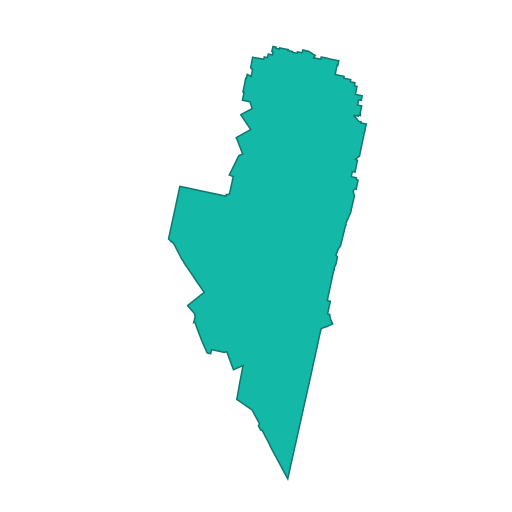 Lake Grace, Western Australia, Australia, rotated 102°
{"feature_id": "25037944B30102722037957", "entity_name": "Lake Grace", "entity_type": "district", "adm_level": 2, "iso_a3": "AUS", "parent_name": "Australia", "parent_adm1": "Western Australia", "projection": "albers", "projection_center": [119.193, -33.129], "detail": "fine", "context": "isolated", "style": "filled", "palette": "teal", "viewbox_px": 512, "rotation_deg": 102, "n_neighbors": 0, "source": "geoboundaries", "source_scale": "gbopen_adm2", "svg_char_len": 5532}
<svg xmlns="http://www.w3.org/2000/svg" viewBox="0 0 512 512"><g transform="rotate(102 256 256)"><path d="M62.2,297.1L62.3,300.6L68.0,300.5L69.0,300.4L73.0,300.4L73.2,300.0L73.7,299.5L74.0,298.9L74.1,298.1L81.5,298.1L80.9,298.7L80.9,299.7L80.6,300.3L80.5,301.3L80.2,302.4L84.1,302.3L84.1,303.0L88.0,303.0L92.3,302.9L98.3,302.9L98.3,301.7L102.2,301.7L106.5,301.7L106.4,293.8L107.2,293.4L107.2,293.5L112.6,290.4L117.0,295.6L120.8,300.2L121.2,300.2L123.5,297.7L126.7,294.4L133.4,287.5L134.0,288.2L144.4,300.0L144.8,299.9L145.0,299.4L155.9,292.3L159.1,290.2L160.3,292.1L161.3,293.7L164.1,294.4L168.5,295.5L177.8,297.8L178.7,298.1L182.3,299.0L183.1,294.8L183.5,294.8L187.3,294.8L189.3,294.8L200.7,294.9L200.8,295.1L201.5,296.2L201.9,296.5L202.0,296.7L202.0,297.9L203.7,297.9L203.7,301.3L203.7,302.2L203.7,303.6L203.7,316.3L203.7,323.0L203.7,335.0L203.6,337.6L203.7,341.6L203.7,345.0L224.8,345.0L257.5,345.1L259.5,342.0L259.3,341.8L261.1,338.9L261.9,338.3L262.4,337.8L263.6,336.9L265.1,335.7L268.1,333.2L270.5,331.2L272.4,329.7L274.2,328.3L276.9,325.4L277.2,325.1L277.4,325.1L277.6,325.1L279.5,323.1L282.0,320.4L283.9,318.4L288.3,313.8L289.5,312.4L289.7,312.5L289.9,312.2L291.0,311.1L292.7,309.4L295.5,306.4L297.5,304.3L300.8,300.8L302.1,299.4L302.7,299.4L305.9,302.1L308.7,304.4L311.1,306.3L312.0,307.1L315.3,309.8L318.1,312.1L318.7,312.6L318.9,312.4L319.1,312.2L321.2,309.4L323.7,306.0L325.0,304.4L325.2,304.2L325.8,303.9L326.4,303.6L327.1,303.3L327.7,302.9L328.1,302.9L329.9,303.0L332.3,303.0L333.8,303.1L333.1,302.4L337.9,299.3L341.8,296.8L345.7,294.3L348.7,292.4L350.1,291.4L350.8,290.9L353.0,289.4L356.5,286.8L360.3,284.1L361.0,283.5L361.0,283.2L361.0,280.0L356.8,280.0L356.9,268.1L356.9,266.9L355.6,264.8L360.4,261.7L362.8,260.2L365.2,258.7L366.8,257.7L371.6,254.6L371.9,254.4L365.8,245.9L376.3,245.7L378.3,245.6L381.2,245.6L385.0,245.5L387.8,245.4L390.7,245.3L393.6,245.2L396.4,245.1L400.3,245.0L401.3,242.4L402.0,240.7L403.1,238.1L404.2,235.6L405.6,232.1L406.3,230.4L407.4,227.8L409.8,225.8L411.6,224.3L412.8,223.3L414.6,221.7L416.4,220.2L417.6,219.2L419.3,217.7L421.7,218.3L423.5,216.7L425.4,215.2L425.1,214.3L425.3,213.7L427.1,212.2L428.9,210.7L431.9,208.2L433.1,207.2L435.5,205.2L436.7,204.2L438.2,203.0L438.4,203.0L438.7,202.9L447.4,195.6L448.0,195.0L449.2,194.0L451.6,192.0L455.2,188.9L457.0,187.4L459.4,185.4L461.8,183.4L464.2,181.3L464.4,181.1L465.8,179.9L467.4,178.6L462.4,178.6L458.5,178.5L454.6,178.5L451.7,178.5L447.8,178.4L444.9,178.4L441.9,178.4L439.0,178.3L436.1,178.3L433.2,178.3L431.2,178.2L428.3,178.2L425.4,178.2L422.5,178.2L419.6,178.1L416.6,178.1L413.7,178.1L410.8,178.0L406.9,178.0L404.0,178.0L400.1,177.9L398.1,177.9L394.3,177.9L389.4,177.8L384.5,177.8L380.6,177.7L377.7,177.7L374.8,177.7L370.9,177.6L369.0,177.6L367.0,177.6L363.1,177.5L361.2,177.5L354.4,177.5L349.5,177.5L344.7,177.4L339.8,177.4L335.9,177.4L332.1,177.3L328.2,177.3L325.3,177.3L322.3,177.3L320.4,177.3L318.5,177.3L315.6,177.2L313.6,177.2L311.8,174.7L310.9,173.0L310.3,171.9L306.5,166.9L302.9,169.5L301.7,170.4L297.8,171.7L297.8,173.9L293.9,173.9L288.9,173.9L284.8,173.8L284.8,177.0L280.3,177.0L271.4,177.0L270.5,177.0L270.4,177.0L267.8,177.0L265.3,177.0L265.1,177.0L264.9,177.0L263.2,177.0L260.4,177.0L257.7,177.0L256.9,176.8L255.7,177.0L254.5,177.0L253.9,176.6L253.1,176.6L252.7,176.7L252.4,176.9L250.5,176.9L249.8,176.7L249.0,176.5L247.4,176.1L246.6,176.1L243.7,176.1L240.1,176.1L238.5,178.0L236.2,177.6L233.6,177.2L231.9,176.9L228.7,175.5L228.5,175.4L227.6,175.4L223.9,175.3L219.3,175.1L216.5,175.0L214.7,175.0L213.7,174.9L210.5,174.9L209.0,174.9L208.8,174.8L207.7,174.5L206.3,174.5L205.7,174.8L205.3,174.8L204.9,174.8L199.2,173.6L198.3,173.4L193.6,172.4L190.7,172.4L187.4,172.4L185.0,172.4L184.9,172.4L184.3,172.3L182.6,172.3L178.2,172.3L177.9,172.1L176.9,172.3L176.2,172.5L174.9,173.2L173.6,173.9L172.6,174.4L171.5,174.3L169.9,173.2L169.9,171.8L167.9,171.9L165.3,171.9L163.5,171.9L161.8,171.9L161.0,171.9L160.8,172.0L160.5,172.1L160.4,172.4L160.4,173.3L160.4,173.6L160.3,173.8L160.0,173.9L159.8,174.0L158.6,174.0L158.6,178.7L158.0,179.3L154.4,179.3L153.4,179.3L153.4,176.5L151.4,176.6L149.8,176.6L146.4,176.6L141.3,176.6L140.8,179.0L140.1,178.4L137.5,176.2L136.8,175.5L133.4,175.6L132.4,175.6L130.4,175.6L128.5,175.6L124.3,175.6L121.1,175.6L119.9,175.6L118.6,175.6L118.3,175.6L117.7,175.6L117.0,175.6L114.7,175.7L113.9,175.6L113.1,175.5L110.8,175.5L107.5,175.6L103.9,175.6L104.0,181.1L102.9,181.1L102.9,183.6L102.2,184.5L101.8,184.9L101.7,184.9L101.6,185.1L101.1,185.6L101.1,185.9L99.4,187.9L99.2,188.1L99.2,188.3L99.1,188.5L99.2,188.8L99.2,189.0L98.0,189.1L98.0,185.1L97.0,185.1L97.0,183.7L97.0,183.0L94.8,183.7L94.6,183.7L94.6,183.8L89.7,183.8L87.2,183.8L87.2,188.0L86.4,188.0L81.9,188.0L81.9,185.4L77.2,185.4L77.3,192.4L77.1,192.4L74.4,192.4L69.1,192.5L69.1,195.0L65.9,195.3L66.0,200.0L63.8,200.0L63.8,204.3L63.8,207.1L62.0,207.2L62.0,208.7L62.0,212.4L62.0,216.2L59.4,216.3L55.7,216.3L52.5,216.3L52.5,215.5L47.8,215.6L47.9,218.5L47.9,224.9L47.7,229.2L47.8,233.6L50.1,233.6L50.1,236.7L50.1,239.3L50.5,240.0L50.5,240.9L47.5,239.8L46.2,243.4L44.6,247.9L45.2,248.1L45.3,250.0L44.7,250.0L44.7,252.5L44.7,253.1L47.6,253.1L47.7,257.9L49.2,257.9L49.2,262.8L48.4,262.9L48.4,267.2L48.4,267.3L47.4,267.3L47.4,268.6L47.5,268.6L47.5,268.8L47.5,269.0L47.5,272.5L47.5,276.1L48.1,276.1L48.6,276.1L48.6,279.1L48.6,279.8L47.5,279.9L47.5,283.0L50.6,283.0L52.7,283.0L52.7,282.4L52.7,281.8L55.9,281.7L55.9,286.0L58.0,286.0L59.5,286.0L59.6,289.2L59.6,289.3L62.0,289.3L62.0,293.5L62.2,297.1Z" fill="#14b8a6" stroke="#0f766e" stroke-width="1.5"/></g></svg>